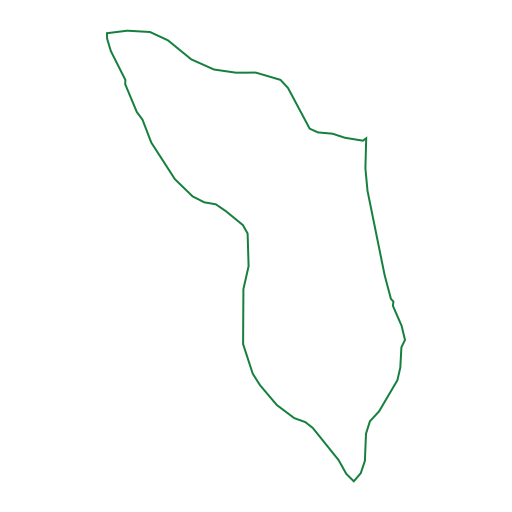 San Gaspar Ixchil, Huehuetenango, Guatemala (orthographic projection)
{"feature_id": "79465075B65859415879145", "entity_name": "San Gaspar Ixchil", "entity_type": "district", "adm_level": 2, "iso_a3": "GTM", "parent_name": "Guatemala", "parent_adm1": "Huehuetenango", "projection": "orthographic", "projection_center": [-91.718, 15.374], "detail": "fine", "context": "isolated", "style": "outline", "palette": "green", "viewbox_px": 512, "rotation_deg": 0, "n_neighbors": 0, "source": "geoboundaries", "source_scale": "gbopen_adm2", "svg_char_len": 820}
<svg xmlns="http://www.w3.org/2000/svg" viewBox="0 0 512 512"><path d="M107.0,33.2L107.1,38.6L110.8,51.0L125.4,80.0L125.2,84.2L136.8,112.0L142.5,119.7L151.3,142.6L174.9,179.2L192.6,196.4L204.2,202.3L215.8,204.3L225.9,211.2L242.9,225.1L247.6,233.5L248.6,266.2L243.4,289.1L243.1,344.1L252.7,373.6L260.0,385.2L276.9,405.1L294.2,418.1L305.3,422.1L312.8,428.0L338.6,460.1L346.3,473.9L353.8,481.3L360.8,473.1L364.9,460.8L366.0,433.7L369.9,421.3L379.1,411.3L397.4,380.2L400.3,367.6L401.4,347.3L405.0,339.9L401.6,325.8L392.9,305.8L393.4,301.6L390.9,298.8L384.6,275.0L367.5,190.8L365.4,168.3L366.2,138.3L362.9,140.7L344.7,137.7L332.5,133.7L317.9,132.4L309.7,128.7L288.0,88.0L280.5,79.9L255.8,72.6L236.0,72.7L213.9,69.5L191.3,59.4L167.9,40.3L150.0,32.0L127.2,30.7L107.0,33.2Z" fill="none" stroke="#15803d" stroke-width="2"/></svg>